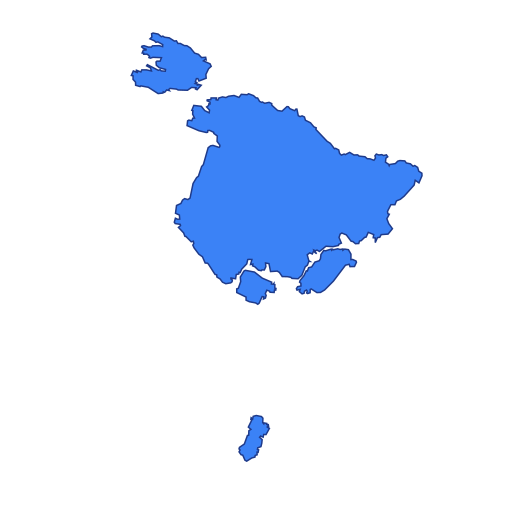 the district of Nøtterøy nor, Norway, rotated 99°
{"feature_id": "86288312B41370900035863", "entity_name": "Nøtterøy nor", "entity_type": "district", "adm_level": 2, "iso_a3": "NOR", "parent_name": "Norway", "parent_adm1": "", "projection": "natural_earth1", "projection_center": [10.404, 59.202], "detail": "fine", "context": "isolated", "style": "filled", "palette": "blue", "viewbox_px": 512, "rotation_deg": 99, "n_neighbors": 0, "source": "geoboundaries", "source_scale": "gbopen_adm2", "svg_char_len": 6077}
<svg xmlns="http://www.w3.org/2000/svg" viewBox="0 0 512 512"><g transform="rotate(99 256 256)"><path d="M158.3,106.5L150.8,104.6L148.3,105.1L146.8,108.5L143.2,110.2L141.8,113.4L142.8,114.9L140.8,117.9L140.6,122.1L138.8,123.9L139.2,128.8L140.2,130.9L142.9,132.8L144.7,138.3L145.9,138.6L144.6,139.4L143.1,142.8L139.1,143.0L137.4,141.4L135.7,143.0L136.8,145.7L136.2,147.6L137.0,150.5L136.5,153.1L138.4,154.2L140.6,153.3L143.0,154.5L142.2,158.5L142.5,161.4L140.9,163.9L141.2,169.8L140.2,171.4L140.9,175.1L139.0,179.7L141.9,183.7L141.5,184.9L143.0,187.5L141.6,189.5L138.3,190.9L137.2,194.2L137.8,195.3L133.1,200.2L131.6,203.7L121.7,216.6L120.0,216.6L119.4,219.0L115.9,223.0L114.2,228.4L111.1,229.9L110.4,232.4L111.4,234.3L110.8,236.2L104.5,238.6L104.6,239.5L106.4,240.5L105.2,245.6L103.5,247.4L103.6,248.8L108.9,253.0L108.9,257.4L104.6,264.0L103.0,264.3L102.2,267.1L103.8,271.3L102.9,273.8L103.4,274.5L102.7,276.7L99.7,279.1L99.8,280.8L98.0,283.5L96.9,288.7L98.1,290.0L98.6,295.8L102.0,297.6L100.9,302.8L102.5,308.1L104.2,310.5L104.1,314.0L105.8,317.5L108.0,318.1L107.9,319.9L106.1,319.8L106.9,325.1L108.6,325.1L109.4,328.6L110.3,328.6L111.3,325.4L113.0,325.2L113.0,326.3L114.8,326.4L116.5,328.1L119.2,324.7L121.9,324.7L120.4,329.4L116.7,333.4L117.0,341.0L122.2,342.2L122.3,341.1L125.8,340.8L129.4,338.3L129.8,340.0L132.4,340.6L132.3,343.6L133.2,344.7L138.0,344.5L141.2,332.0L141.8,324.4L141.4,323.2L139.6,323.2L139.2,321.4L140.5,317.1L141.6,316.8L143.5,313.0L148.9,312.4L152.2,309.0L153.7,308.9L154.5,309.4L153.5,315.8L154.3,318.1L156.5,320.2L174.0,322.3L176.1,323.7L186.3,325.4L187.8,326.9L194.2,329.5L209.1,330.2L210.9,332.1L210.5,335.5L212.3,337.3L215.9,338.4L218.5,342.4L226.4,342.2L227.5,338.1L231.5,337.1L232.0,339.1L231.3,341.5L235.4,342.0L236.6,340.9L236.6,335.8L237.8,335.3L239.9,337.1L244.5,331.1L247.7,329.3L247.7,328.2L252.1,322.2L251.2,320.2L253.4,319.4L255.1,320.1L257.7,318.4L263.2,312.7L265.1,308.8L270.9,305.1L270.7,302.7L271.5,301.7L280.6,293.6L280.7,291.9L282.9,291.3L284.3,287.9L287.1,285.0L288.1,281.5L286.5,276.8L285.2,275.6L283.4,275.6L282.5,277.3L281.6,277.3L281.7,272.6L277.3,272.6L276.5,270.2L274.7,270.2L274.8,269.0L271.3,268.1L265.2,263.9L260.8,263.6L260.4,262.4L260.1,259.5L265.3,260.1L264.5,257.8L266.3,257.8L266.8,255.5L269.6,251.4L269.7,248.5L268.8,247.9L268.5,245.6L265.0,244.6L261.4,245.5L261.5,242.0L269.1,239.2L267.6,232.7L268.5,230.4L272.2,226.9L271.5,221.7L271.6,218.2L272.5,217.0L271.9,210.9L267.9,207.7L259.0,205.7L257.0,203.8L253.0,203.0L252.9,202.0L252.4,203.1L246.8,205.6L244.5,203.5L245.2,200.7L242.3,199.9L244.3,196.5L241.2,199.4L241.5,198.1L240.6,196.7L241.6,194.0L235.4,188.4L234.8,181.5L232.7,176.2L231.6,176.2L229.9,173.7L224.7,176.9L221.2,176.3L219.9,174.8L221.0,170.1L226.5,164.4L226.6,162.5L228.3,159.7L227.6,156.5L225.0,156.1L224.4,154.5L220.6,151.6L220.1,150.2L215.1,148.8L216.4,143.1L219.6,143.1L219.6,141.0L224.1,140.3L218.8,138.9L218.2,136.7L215.3,135.7L213.7,129.0L207.7,125.5L203.2,130.0L198.7,132.6L193.9,130.9L193.6,132.4L191.3,133.1L184.2,130.8L183.6,126.8L179.6,125.9L177.4,122.3L173.7,119.0L161.2,110.9L156.3,110.6L158.3,106.5ZM75.7,329.9L73.4,331.4L71.5,338.5L70.0,337.2L70.1,335.9L67.6,336.8L68.5,340.8L65.8,344.4L65.2,348.4L60.8,353.3L59.1,357.2L59.4,359.7L57.9,364.0L58.3,366.3L55.9,368.3L56.5,370.2L54.1,375.8L54.2,380.6L53.4,382.4L54.2,383.8L52.1,387.4L51.9,392.6L52.8,393.9L56.0,393.1L58.1,394.7L59.4,389.9L60.6,388.3L59.9,386.4L61.8,381.2L63.8,381.0L63.4,384.6L64.6,391.1L66.0,392.0L66.5,395.0L65.8,399.5L66.5,401.4L67.4,401.7L68.5,399.8L69.0,396.9L69.8,396.9L70.3,399.5L73.3,400.2L73.3,398.6L74.3,398.5L73.7,395.3L74.3,394.0L75.4,392.4L76.8,392.8L77.1,391.2L75.9,388.9L74.9,380.4L78.6,381.2L79.0,384.3L80.0,385.1L83.2,384.3L85.2,380.9L85.9,374.5L87.7,374.5L88.0,378.6L87.0,379.8L87.9,381.5L84.0,393.2L85.3,393.8L86.7,389.7L89.6,388.2L89.3,393.2L90.0,397.9L92.2,398.5L91.2,403.2L92.1,403.2L92.1,401.4L93.4,402.0L92.4,406.1L97.2,407.4L97.3,405.6L100.8,405.1L103.1,402.2L106.2,401.6L106.8,397.0L106.0,396.4L106.2,388.8L110.9,378.1L109.6,373.4L108.3,373.3L108.7,372.2L108.1,371.4L106.0,370.3L106.2,367.5L105.4,368.4L103.9,367.1L103.6,360.6L104.2,358.9L103.0,349.6L99.6,346.0L99.2,341.6L100.5,341.9L101.0,340.2L95.9,336.8L95.6,338.9L96.3,340.5L95.4,340.3L95.2,343.0L93.9,341.7L93.4,343.2L90.1,342.6L89.9,341.2L92.1,339.7L88.2,333.0L84.5,333.9L78.4,332.1L75.7,329.9ZM251.8,161.5L251.0,157.1L246.5,155.8L245.3,156.4L244.3,160.0L244.7,161.7L239.3,162.5L235.3,165.7L235.3,169.5L236.7,171.1L235.5,171.3L236.4,174.0L236.1,176.4L237.8,180.7L237.3,181.3L238.5,182.2L237.4,182.8L240.0,188.1L239.9,189.9L244.3,192.1L248.7,191.9L250.8,192.8L252.8,196.9L258.1,199.3L259.3,202.2L262.8,202.9L262.8,204.0L268.0,205.6L273.2,208.6L275.0,208.9L275.9,207.4L278.6,206.9L279.8,210.1L282.0,211.0L283.3,210.2L282.1,207.2L284.4,207.6L286.2,204.6L285.3,202.7L283.2,202.6L281.7,200.8L282.7,199.9L284.6,200.2L285.0,199.1L283.8,196.8L280.5,197.2L279.9,196.3L282.6,190.1L281.9,186.6L278.8,182.9L268.7,175.6L251.1,166.2L249.6,162.7L251.8,161.5ZM289.6,236.5L289.2,232.4L286.6,232.4L286.6,231.2L284.9,231.2L284.8,232.4L281.3,232.9L281.2,234.1L280.3,234.1L281.2,234.7L281.2,236.4L279.4,236.4L276.9,246.3L272.1,255.0L271.8,264.3L272.7,265.5L279.2,268.2L283.7,267.1L290.7,268.4L291.5,269.9L295.1,269.3L298.1,259.4L301.2,258.9L302.2,255.4L302.4,249.0L303.4,246.7L302.1,245.5L295.1,243.6L295.1,241.9L297.3,241.9L296.1,240.1L293.4,239.8L291.6,240.9L288.1,240.0L288.6,237.1L289.6,236.5ZM430.8,218.2L424.2,215.8L423.3,218.1L422.4,218.1L422.4,216.9L420.6,217.5L420.6,219.2L419.7,219.2L419.6,222.1L420.5,222.1L419.5,223.3L415.1,223.8L413.7,225.5L413.5,230.8L414.8,233.7L417.4,233.8L416.5,235.5L418.2,235.5L418.3,234.4L426.2,236.8L428.0,233.9L429.7,235.7L434.2,235.2L434.6,236.4L443.5,238.1L447.6,242.4L449.2,242.6L450.1,241.4L452.1,242.1L454.6,239.7L454.8,237.9L459.4,235.0L460.1,233.1L456.1,228.5L454.8,225.6L453.1,225.6L452.2,223.8L449.6,224.3L449.6,223.2L447.0,223.1L446.9,224.3L445.2,224.3L443.5,221.3L440.0,221.0L436.4,221.2L434.5,224.1L433.1,223.3L433.8,220.6L431.1,220.5L430.8,218.2Z" fill="#3b82f6" stroke="#1e3a8a" stroke-width="1.5"/></g></svg>